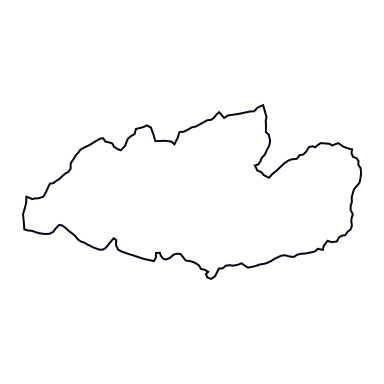 Joanópolis, São Paulo, Brazil (Natural Earth projection)
{"feature_id": "56859067B24440388490831", "entity_name": "Joanópolis", "entity_type": "district", "adm_level": 2, "iso_a3": "BRA", "parent_name": "Brazil", "parent_adm1": "São Paulo", "projection": "natural_earth1", "projection_center": [-46.213, -22.935], "detail": "fine", "context": "isolated", "style": "outline", "palette": "ink", "viewbox_px": 384, "rotation_deg": 0, "n_neighbors": 0, "source": "geoboundaries", "source_scale": "gbopen_adm2", "svg_char_len": 2833}
<svg xmlns="http://www.w3.org/2000/svg" viewBox="0 0 384 384"><path d="M219.1,112.2L216.4,114.6L214.1,117.6L211.0,119.9L207.4,120.2L202.1,123.1L195.7,126.6L191.8,127.3L188.5,129.3L183.9,131.7L179.4,132.1L177.7,137.8L174.4,144.3L171.5,141.6L166.0,140.9L162.8,140.9L155.3,141.1L153.8,135.6L150.9,127.5L146.8,125.4L143.1,127.2L135.9,129.0L134.6,134.1L131.0,136.1L127.8,138.9L125.0,145.9L120.8,150.3L117.8,149.2L114.1,146.9L112.2,143.4L108.6,142.3L105.4,141.6L103.2,138.3L100.4,138.5L97.2,140.3L94.0,142.3L89.4,145.1L84.5,147.4L80.4,149.7L78.3,152.7L76.1,154.9L73.6,159.0L70.7,163.3L70.6,168.8L68.3,172.0L65.2,173.6L62.0,176.4L59.5,178.9L56.1,181.0L52.9,183.3L49.9,183.6L48.1,187.3L46.1,191.8L43.3,196.7L38.4,198.3L35.1,198.4L32.2,199.1L29.1,197.7L26.4,196.8L26.1,203.2L24.7,208.5L23.0,214.3L23.6,219.6L24.0,224.7L24.3,229.4L27.5,230.4L32.2,230.9L36.5,232.5L40.3,233.4L43.2,233.8L46.1,234.0L49.7,233.7L53.0,232.0L55.4,228.8L59.1,224.9L61.9,225.3L64.9,227.4L68.6,230.7L72.1,233.4L75.1,235.9L77.6,239.1L80.8,241.5L84.1,242.6L87.0,244.3L90.0,245.7L92.9,247.3L96.4,248.6L99.6,249.7L102.9,249.6L105.5,248.1L107.9,245.3L111.3,241.0L113.7,238.3L116.2,240.1L116.0,245.1L118.1,249.7L121.8,251.6L125.9,253.0L129.2,254.2L132.0,255.0L143.8,258.9L153.9,261.1L155.9,257.7L156.0,253.0L159.8,252.8L160.9,255.8L163.1,258.6L166.0,259.5L169.9,257.9L173.8,254.5L177.5,253.7L180.6,254.0L183.6,257.9L185.7,260.5L191.0,261.3L195.2,262.9L199.0,265.5L200.8,268.8L205.0,269.9L208.2,271.9L205.9,274.1L207.4,277.5L211.1,278.9L214.9,276.4L216.9,272.6L218.8,268.6L222.8,268.3L225.6,265.7L229.6,265.2L233.3,265.7L238.3,264.6L241.5,263.3L245.3,266.0L247.8,267.6L252.6,266.7L256.4,265.7L260.4,264.3L264.0,263.8L267.0,263.0L270.6,261.3L274.6,258.8L280.9,255.8L285.0,255.2L288.3,256.2L291.0,256.7L294.0,256.9L296.7,255.0L300.0,253.9L305.3,253.5L309.0,252.8L315.1,251.4L317.7,248.8L322.9,249.9L323.7,245.9L327.5,240.8L331.8,242.2L336.8,241.5L339.0,237.4L341.8,235.7L345.2,235.2L347.9,231.4L350.5,229.6L351.9,225.9L351.3,221.4L351.6,218.0L352.9,214.3L350.6,210.1L350.7,205.5L351.9,202.0L351.7,197.4L352.9,192.9L353.9,189.5L356.5,186.3L359.3,183.1L360.2,179.7L360.9,175.1L361.0,171.6L360.5,167.9L358.4,164.9L358.4,160.7L356.6,158.3L353.0,156.8L351.5,153.1L352.1,149.4L348.2,148.5L343.5,146.7L338.2,143.1L332.1,145.5L329.7,143.8L320.7,143.1L317.5,145.3L315.2,147.3L312.4,146.2L309.0,147.1L306.1,151.7L303.3,154.5L299.6,155.2L296.8,158.8L291.3,159.4L288.6,160.5L284.3,163.3L276.6,170.6L272.2,174.1L269.0,177.8L263.9,175.2L261.4,172.2L257.4,170.6L254.9,165.5L258.3,164.4L260.5,161.2L261.7,157.9L264.8,154.7L266.9,149.9L269.2,145.9L270.1,140.9L268.9,134.9L265.9,132.1L266.0,124.8L265.7,120.8L266.5,117.1L263.1,105.1L257.6,107.6L254.1,111.3L250.7,111.4L243.3,112.9L239.7,113.7L227.8,115.5L224.2,118.0L221.2,114.5L219.1,112.2Z" fill="none" stroke="#020617" stroke-width="2"/></svg>